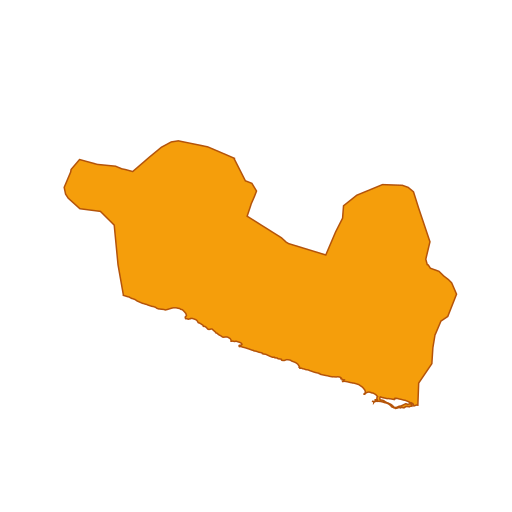 Al Makha, Ta`izz, Yemen, rotated 286°
{"feature_id": "15242507B68807574850563", "entity_name": "Al Makha", "entity_type": "district", "adm_level": 2, "iso_a3": "YEM", "parent_name": "Yemen", "parent_adm1": "Ta`izz", "projection": "equal_earth", "projection_center": [43.297, 13.522], "detail": "fine", "context": "isolated", "style": "filled", "palette": "amber", "viewbox_px": 512, "rotation_deg": 286, "n_neighbors": 0, "source": "geoboundaries", "source_scale": "gbopen_adm2", "svg_char_len": 5921}
<svg xmlns="http://www.w3.org/2000/svg" viewBox="0 0 512 512"><g transform="rotate(286 256 256)"><path d="M344.0,207.9L344.1,207.2L347.6,179.5L345.3,149.6L342.3,143.1L334.5,135.1L322.3,126.7L303.2,114.2L303.1,106.4L302.8,103.0L303.6,96.2L300.3,78.2L300.1,59.8L288.2,54.4L285.6,54.7L269.1,52.7L263.0,55.9L259.8,59.6L252.9,73.7L256.0,94.1L246.6,111.2L209.5,125.8L182.5,139.0L181.6,139.3L181.6,141.1L181.5,143.5L181.6,145.4L181.2,146.9L180.9,148.4L181.0,149.1L180.8,151.8L180.0,154.1L179.2,160.0L179.3,161.2L179.2,162.8L179.3,164.3L179.1,165.3L179.0,167.3L178.9,169.9L179.1,171.2L179.0,173.5L178.4,175.2L178.3,177.2L178.5,177.8L178.6,178.7L179.2,182.1L179.2,183.2L179.1,183.6L180.0,185.3L182.6,189.3L183.4,190.8L184.2,193.5L184.3,195.8L184.5,197.0L184.0,198.4L184.1,200.0L183.2,201.7L182.4,203.0L181.4,204.4L179.6,205.6L179.2,205.5L177.9,204.8L177.2,205.0L176.5,205.5L176.4,205.7L176.6,205.8L176.6,208.5L177.4,209.7L177.4,210.0L177.7,210.1L178.0,210.4L178.4,211.9L178.4,213.2L178.3,214.7L178.2,215.7L177.9,216.6L177.2,217.7L176.1,218.7L175.9,219.1L176.1,219.7L175.4,222.4L174.7,224.3L174.4,224.7L174.0,224.7L173.9,225.2L174.1,225.8L174.2,226.4L173.6,228.0L172.4,229.9L172.4,231.0L172.8,231.9L173.4,232.8L173.7,233.8L171.5,238.3L171.1,238.5L171.0,238.8L171.0,240.0L170.7,240.5L170.4,241.0L169.9,242.4L169.7,243.8L168.9,246.1L168.9,246.9L169.8,249.1L170.2,250.6L170.2,251.2L169.9,252.4L169.5,253.9L168.6,254.9L167.7,255.4L167.2,255.5L167.3,256.0L167.7,256.8L167.9,259.0L168.6,260.3L168.5,264.1L168.3,265.4L167.6,266.6L167.1,266.9L166.4,266.5L165.6,264.6L164.9,264.4L164.3,265.0L164.8,266.4L164.7,268.8L164.8,269.5L164.8,271.5L164.7,274.0L164.7,274.5L164.4,278.6L164.5,279.1L164.5,279.7L164.2,280.1L164.5,282.3L164.3,285.2L164.5,288.0L164.3,289.0L163.9,289.1L163.9,289.6L163.8,289.9L163.9,290.3L164.2,292.5L163.5,296.9L163.2,299.7L163.5,300.7L163.8,301.6L163.7,301.9L163.4,302.0L163.4,302.7L163.6,303.2L163.8,304.4L163.6,304.5L163.4,305.2L163.3,305.9L163.6,306.7L163.5,307.0L163.7,308.1L163.7,308.9L163.1,309.1L162.9,309.4L162.9,310.1L163.3,311.9L164.8,314.0L165.1,315.4L165.3,316.8L165.3,318.2L164.9,318.9L164.7,321.1L164.6,322.5L164.3,324.0L163.6,325.9L162.4,327.3L161.4,328.3L161.0,328.1L160.8,328.8L160.2,329.1L160.7,330.7L160.5,332.0L160.7,333.5L160.5,335.2L160.9,337.5L160.6,339.6L160.6,340.8L160.4,343.5L160.4,345.7L160.6,348.5L160.5,348.8L160.5,349.2L160.3,349.3L160.4,349.8L160.3,350.2L160.2,350.1L160.0,350.6L160.4,356.5L160.6,357.8L160.6,359.8L160.7,360.9L160.9,362.7L161.3,364.0L161.8,366.4L162.5,367.9L162.6,368.9L162.7,370.0L162.6,370.5L162.5,370.9L162.1,371.6L161.4,371.4L161.3,371.9L161.3,372.5L161.0,374.0L160.9,374.4L159.6,374.1L160.6,374.5L161.0,374.5L161.1,374.4L161.1,374.5L161.2,374.8L160.0,374.4L159.5,374.4L159.3,374.0L159.3,373.9L159.2,374.0L159.4,374.4L159.5,374.5L159.7,374.8L160.0,375.9L160.1,376.7L160.3,378.6L160.4,382.1L160.6,383.3L160.5,383.7L160.8,385.2L160.8,386.2L160.8,387.8L160.7,390.3L159.3,394.4L158.5,395.7L157.0,397.7L155.4,398.7L154.9,398.8L154.8,398.7L154.0,398.4L153.9,398.3L153.3,398.1L153.2,397.9L152.9,398.0L153.0,398.4L153.3,398.2L153.6,398.3L154.0,399.1L154.3,399.2L155.2,400.0L155.8,400.9L156.2,401.6L156.4,402.4L156.5,403.8L156.3,404.3L156.4,404.6L156.3,404.9L156.3,405.0L156.3,405.5L156.5,405.8L156.5,406.5L156.1,408.2L155.7,409.5L155.5,409.8L154.9,410.8L154.3,411.6L153.9,411.3L153.4,411.4L152.8,411.3L151.6,411.8L151.2,412.4L150.9,412.4L150.6,410.6L150.8,410.5L150.7,410.3L150.6,410.2L150.4,410.1L150.3,410.3L150.4,410.9L150.5,411.0L149.7,411.3L149.4,411.2L149.1,410.8L148.7,410.0L148.6,409.6L148.6,408.7L148.5,408.2L148.4,408.2L148.5,408.7L148.4,409.2L148.2,409.5L147.7,409.6L148.0,409.7L148.4,410.0L149.0,410.8L149.6,411.7L149.7,412.2L149.6,412.4L150.1,413.8L150.5,415.9L150.6,418.0L150.5,420.4L150.6,421.0L150.6,422.1L150.5,423.3L150.2,424.6L149.2,427.0L148.6,427.6L148.3,428.4L148.3,429.6L148.1,430.1L148.1,430.3L148.0,430.6L148.0,431.0L148.3,431.4L148.2,431.8L148.0,432.2L148.2,432.3L148.3,432.6L148.3,433.0L149.2,434.4L149.6,434.9L149.9,435.6L149.9,435.9L149.7,436.5L150.1,437.2L150.4,437.4L150.9,438.4L150.6,439.1L150.9,439.6L150.8,440.1L151.7,440.9L151.8,440.8L152.1,441.0L152.4,441.2L152.7,441.7L152.8,442.1L152.7,442.4L152.8,442.7L153.2,443.2L153.1,443.7L153.4,444.4L153.2,444.8L153.5,445.0L154.2,446.0L154.2,446.3L154.6,446.8L154.6,447.3L155.2,447.2L156.2,446.2L156.5,445.0L155.2,442.7L155.3,441.5L155.3,440.7L151.8,436.7L151.0,434.9L149.4,433.1L148.4,430.7L149.0,429.9L149.2,429.5L149.3,429.5L149.4,429.0L149.6,428.7L149.6,428.4L149.8,427.9L150.2,427.7L150.3,427.3L150.4,427.0L150.5,426.7L150.6,426.3L150.7,426.1L150.7,425.8L150.4,425.5L150.8,425.0L150.9,424.4L151.1,423.8L151.1,422.1L151.2,421.3L151.3,421.1L151.5,421.0L151.5,420.6L151.5,420.4L151.9,419.5L152.0,419.1L152.0,418.6L152.2,418.4L152.2,416.6L152.0,415.6L152.0,414.9L152.4,414.6L153.3,414.3L153.7,414.2L154.6,414.2L154.8,414.3L154.9,414.5L154.7,416.6L155.0,417.7L154.8,417.9L155.0,419.6L155.0,420.7L155.0,421.0L155.1,421.6L155.4,422.4L155.6,423.0L155.6,424.0L155.8,424.6L156.1,428.4L156.9,428.4L157.2,429.5L157.3,429.5L157.4,429.1L157.6,429.0L157.9,429.9L157.9,430.8L158.1,431.6L158.0,432.8L158.2,434.9L158.2,437.7L158.4,439.2L157.9,443.5L157.6,443.6L157.4,445.1L157.7,445.2L157.7,446.1L157.5,446.5L157.4,446.7L157.4,447.4L157.0,447.7L156.8,448.1L156.4,448.0L155.9,448.5L155.8,448.9L155.4,449.1L155.5,449.3L156.9,451.3L157.2,451.9L157.1,452.2L157.2,452.7L178.7,447.4L201.0,454.7L216.6,451.3L229.6,449.8L230.4,450.0L244.4,451.7L250.7,457.0L274.6,459.3L284.1,451.5L286.3,447.6L288.6,441.8L291.7,436.1L292.3,427.0L294.9,424.0L294.9,423.0L299.7,420.1L317.6,419.3L346.9,399.1L361.1,389.7L363.9,383.4L364.3,377.2L359.5,357.9L342.2,336.1L328.4,326.3L316.2,328.8L301.1,325.9L276.2,322.8L276.9,284.0L277.6,281.2L280.5,275.5L291.8,236.5L303.2,237.0L304.7,237.0L312.8,238.1L318.6,238.6L324.7,232.0L325.3,225.9L325.3,225.1L343.9,207.8L344.0,207.9Z" fill="#f59e0b" stroke="#b45309" stroke-width="1.5"/></g></svg>